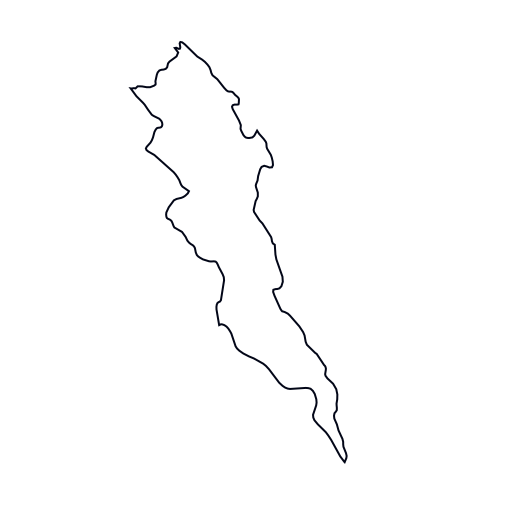 the border of Sulawesi Barat, rotated 149°
{"feature_id": "IDN-1237", "entity_name": "Sulawesi Barat", "entity_type": "Province", "adm_level": 1, "iso_a3": "IDN", "parent_name": "Indonesia", "parent_adm1": "", "projection": "equal_earth", "projection_center": [119.342, -2.204], "detail": "fine", "context": "isolated", "style": "outline", "palette": "ink", "viewbox_px": 512, "rotation_deg": 149, "n_neighbors": 0, "source": "natural_earth", "source_scale": "10m", "svg_char_len": 3555}
<svg xmlns="http://www.w3.org/2000/svg" viewBox="0 0 512 512"><g transform="rotate(149 256 256)"><path d="M277.1,464.2L276.5,463.7L274.1,462.7L273.0,461.7L270.1,462.4L266.5,460.2L262.9,457.1L259.8,455.2L255.6,454.5L253.8,454.7L253.1,455.7L252.2,457.6L247.6,462.5L245.7,464.0L243.2,464.8L241.1,464.3L239.2,463.4L237.0,462.9L235.0,463.5L232.2,466.4L230.0,467.2L221.3,468.0L217.9,470.5L218.5,476.1L217.1,475.6L215.5,473.3L214.4,472.9L213.4,473.9L211.9,477.6L210.6,478.4L209.2,477.1L208.0,474.0L203.6,457.2L201.0,452.0L199.8,448.7L199.0,445.0L198.7,441.8L199.2,438.7L200.0,436.0L200.2,433.2L198.1,427.5L196.7,416.6L196.0,413.2L195.3,411.7L194.3,410.7L192.9,409.9L191.7,408.7L191.2,406.7L191.0,405.1L189.9,401.9L189.6,400.0L190.0,398.9L192.1,395.8L192.9,395.0L193.8,395.3L196.6,396.9L198.3,397.2L199.7,396.3L200.3,393.9L200.8,380.9L201.6,376.0L203.8,372.9L204.2,370.7L204.5,366.2L204.2,364.1L203.6,362.7L202.6,361.7L201.2,360.7L198.0,359.5L195.5,360.0L190.5,362.9L190.4,359.2L189.1,352.3L188.8,348.9L189.1,347.2L190.8,343.9L191.2,342.2L191.2,335.0L191.8,332.2L193.0,328.5L194.6,325.2L196.6,323.8L198.9,324.9L200.6,327.1L202.5,329.1L205.3,329.5L207.7,328.2L213.0,323.4L215.8,319.9L218.5,317.9L219.8,316.7L220.5,315.1L221.8,309.4L223.7,306.2L225.8,304.6L228.0,303.3L234.3,296.7L235.0,294.7L234.6,284.6L233.7,280.6L233.3,264.4L233.8,262.6L234.7,260.5L235.1,258.1L234.1,256.0L238.6,247.2L240.3,242.6L244.0,224.6L246.3,220.1L249.8,217.0L252.6,216.2L254.6,216.7L256.4,217.6L258.5,218.1L259.8,216.4L260.6,212.4L262.3,198.2L262.2,195.8L262.0,195.0L261.4,194.5L260.2,193.1L258.4,190.2L257.6,187.4L255.1,173.4L254.8,166.5L255.3,162.9L257.6,156.9L258.1,153.7L255.2,142.5L254.4,140.8L253.8,127.4L253.5,126.4L253.5,125.4L254.0,123.6L254.8,122.4L257.6,119.1L258.1,117.5L257.8,114.2L255.7,106.8L255.8,100.5L257.6,95.4L260.2,91.3L263.0,88.0L263.9,86.3L264.9,84.2L266.1,82.3L267.6,81.5L269.7,80.8L271.4,78.9L272.6,76.3L273.4,70.0L275.1,64.0L276.1,54.7L277.0,51.8L278.3,49.6L279.3,47.4L280.4,40.6L281.3,37.9L282.7,36.2L286.2,33.6L286.3,34.0L287.0,40.8L286.3,59.6L286.5,65.0L286.9,69.0L289.7,79.9L290.5,85.1L290.1,88.0L288.9,90.5L281.4,96.9L279.6,99.1L278.1,102.1L276.7,107.5L276.7,111.1L277.6,114.1L279.2,115.8L281.3,117.3L295.3,124.5L297.1,126.0L298.8,128.2L300.1,131.0L301.4,135.5L303.2,152.4L304.1,156.7L305.3,160.0L310.6,169.3L313.7,173.5L317.1,179.0L319.1,183.5L319.9,186.5L320.0,189.1L319.0,193.6L317.1,202.2L317.0,204.6L317.1,208.0L317.6,210.6L318.7,213.0L320.0,214.6L321.1,215.5L323.2,215.7L317.4,230.5L316.1,232.8L314.6,234.6L313.1,235.6L311.7,235.7L310.4,235.5L308.8,236.2L295.9,251.6L294.5,254.5L294.0,257.6L293.6,265.5L293.2,268.5L293.1,270.6L293.5,272.0L294.8,273.1L297.6,274.6L299.0,275.7L303.2,280.4L304.9,283.4L305.8,285.4L306.2,287.3L305.8,290.0L304.3,294.2L304.2,296.0L304.6,297.7L305.8,300.0L306.5,302.0L306.9,304.5L306.5,308.6L307.0,314.7L311.3,322.5L311.2,324.3L310.6,327.5L310.4,329.3L310.8,331.0L311.6,332.3L312.4,333.4L312.8,334.5L312.6,335.8L311.7,337.8L310.4,339.5L305.7,342.7L297.7,346.0L294.7,345.8L290.0,344.3L287.8,344.0L285.5,344.1L282.2,344.8L280.1,346.1L283.3,353.3L283.5,355.2L283.3,357.2L282.7,360.5L282.7,364.0L282.9,367.1L283.4,370.2L291.1,394.9L294.5,401.0L295.3,403.2L295.0,404.9L293.4,405.9L288.1,407.5L285.7,408.8L283.2,410.7L279.2,414.6L276.9,416.0L275.2,416.6L274.1,416.4L272.1,415.5L271.0,415.3L269.8,415.7L268.7,416.7L267.9,418.4L267.6,420.1L267.9,422.2L268.3,423.6L271.4,428.4L272.3,430.1L272.6,430.9L273.2,436.9L273.5,443.0L273.9,445.3L276.2,454.6L277.1,464.2L277.1,464.2Z" fill="none" stroke="#020617" stroke-width="2"/></g></svg>